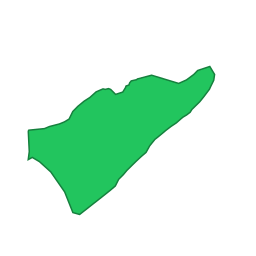 outline of Anambra West, Anambra, Nigeria, rotated 239°
{"feature_id": "59680162B97377368460903", "entity_name": "Anambra West", "entity_type": "district", "adm_level": 2, "iso_a3": "NGA", "parent_name": "Nigeria", "parent_adm1": "Anambra", "projection": "albers", "projection_center": [6.767, 6.387], "detail": "fine", "context": "isolated", "style": "filled", "palette": "green", "viewbox_px": 256, "rotation_deg": 239, "n_neighbors": 0, "source": "geoboundaries", "source_scale": "gbopen_adm2", "svg_char_len": 1100}
<svg xmlns="http://www.w3.org/2000/svg" viewBox="0 0 256 256"><g transform="rotate(239 128 128)"><path d="M78.8,42.0L80.7,57.0L82.4,70.6L83.7,80.4L84.8,87.2L85.6,88.5L88.8,93.5L90.5,100.2L92.3,105.4L94.0,112.4L95.3,117.9L95.4,118.3L95.5,118.8L96.4,123.0L96.8,125.0L97.8,130.9L101.6,137.5L104.1,144.4L104.4,145.2L104.9,149.2L105.4,152.5L106.5,159.5L107.2,165.8L107.5,172.1L108.6,178.0L109.0,180.8L109.0,185.0L109.5,189.4L111.0,192.3L113.5,202.8L114.3,205.1L115.9,209.4L117.4,213.1L119.3,217.8L121.1,220.4L123.6,224.3L124.8,226.1L129.3,229.8L138.6,229.8L141.0,219.2L141.4,217.3L140.0,212.0L139.1,202.9L140.1,194.4L161.1,175.4L165.2,161.3L165.0,160.2L166.0,157.2L166.7,155.0L165.8,152.6L164.4,151.0L164.7,149.2L165.0,148.0L163.8,146.5L161.5,142.0L163.2,134.7L170.0,133.0L171.8,131.6L172.8,128.4L174.4,126.7L175.4,119.3L173.8,111.1L173.6,104.2L172.4,96.2L170.6,89.2L166.0,82.1L166.0,76.6L166.8,71.3L169.7,61.5L170.5,56.1L177.2,41.9L177.2,41.6L176.3,40.7L158.6,31.2L152.3,26.2L152.1,30.8L144.7,34.8L130.1,39.2L105.8,40.8L83.9,37.2L78.8,42.0Z" fill="#22c55e" stroke="#15803d" stroke-width="1.5"/></g></svg>